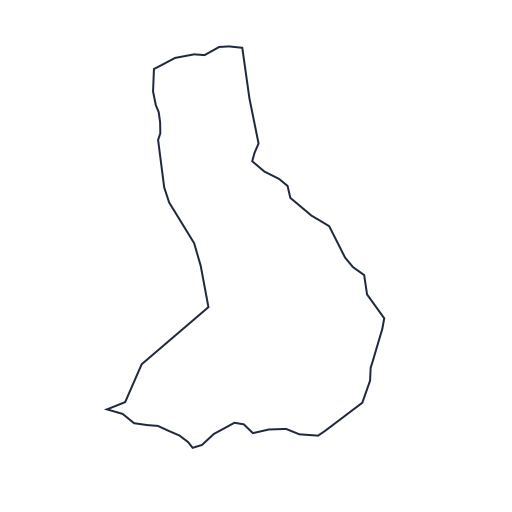 Ipueira, Rio Grande do Norte, Brazil, rotated 282°
{"feature_id": "56859067B7349089003652", "entity_name": "Ipueira", "entity_type": "district", "adm_level": 2, "iso_a3": "BRA", "parent_name": "Brazil", "parent_adm1": "Rio Grande do Norte", "projection": "equal_earth", "projection_center": [-37.182, -6.775], "detail": "fine", "context": "isolated", "style": "outline", "palette": "slate", "viewbox_px": 512, "rotation_deg": 282, "n_neighbors": 0, "source": "geoboundaries", "source_scale": "gbopen_adm2", "svg_char_len": 878}
<svg xmlns="http://www.w3.org/2000/svg" viewBox="0 0 512 512"><g transform="rotate(282 256 256)"><path d="M456.8,199.3L455.4,186.0L452.8,176.5L441.8,163.9L440.4,153.6L432.9,135.6L424.0,125.0L417.7,117.3L395.5,121.1L382.8,126.6L376.5,130.9L366.9,134.4L356.1,136.9L349.2,136.1L304.1,151.9L290.3,159.9L255.7,192.8L234.8,204.0L196.1,220.1L126.4,166.7L85.9,158.4L75.0,142.1L73.8,158.4L67.1,171.5L68.0,184.8L69.4,195.3L66.9,206.4L64.5,218.4L59.9,228.2L55.2,233.9L59.9,242.4L73.1,251.7L88.4,269.6L88.8,279.1L82.1,289.8L89.0,304.7L93.1,321.4L90.6,335.5L93.2,354.1L99.5,360.1L134.6,390.5L157.8,393.5L170.4,391.4L176.8,392.0L211.0,394.7L221.7,394.4L241.5,372.6L259.8,365.8L265.2,353.3L272.9,343.5L300.4,321.4L307.1,301.7L320.0,277.5L331.1,272.3L336.2,262.5L340.3,246.7L347.9,232.6L356.4,233.1L366.6,235.1L408.8,216.8L456.8,199.3Z" fill="none" stroke="#1e293b" stroke-width="2"/></g></svg>